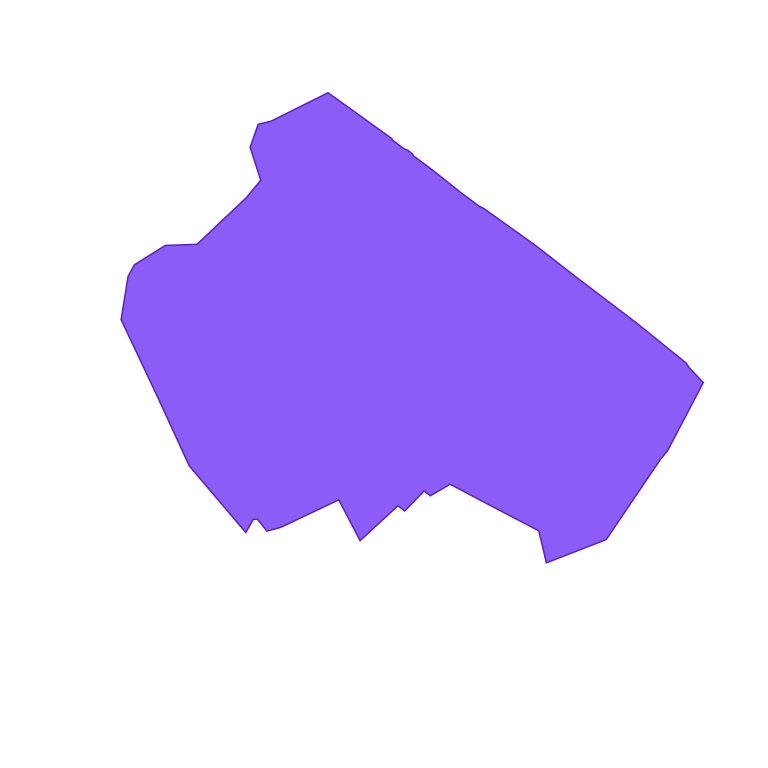 Franklin, Vermont, United States of America (Albers equal-area conic projection), rotated 37°
{"feature_id": "52423323B67393823438357", "entity_name": "Franklin", "entity_type": "district", "adm_level": 2, "iso_a3": "USA", "parent_name": "United States of America", "parent_adm1": "Vermont", "projection": "albers", "projection_center": [-72.901, 44.825], "detail": "fine", "context": "isolated", "style": "filled", "palette": "violet", "viewbox_px": 768, "rotation_deg": 37, "n_neighbors": 0, "source": "geoboundaries", "source_scale": "gbopen_adm2", "svg_char_len": 830}
<svg xmlns="http://www.w3.org/2000/svg" viewBox="0 0 768 768"><g transform="rotate(37 384 384)"><path d="M638.1,190.5L636.9,190.5L617.2,187.2L614.0,185.8L611.7,185.4L548.5,183.3L527.8,183.2L472.3,183.0L421.5,182.2L358.3,183.8L354.0,184.4L353.9,184.8L330.4,184.9L295.7,184.0L295.1,183.9L270.7,184.1L267.7,183.1L262.3,183.0L258.3,184.1L243.5,184.1L242.8,183.3L180.2,184.7L164.0,185.1L135.6,242.1L127.2,252.3L134.7,275.6L162.9,295.4L161.9,318.4L150.6,385.0L125.9,405.0L112.9,439.0L114.9,452.2L135.3,490.8L210.4,530.3L277.8,566.6L363.0,585.8L361.1,570.8L364.1,568.2L379.0,572.0L387.8,560.6L417.6,503.7L459.2,523.5L468.4,472.9L477.0,472.9L480.4,445.4L488.3,445.4L497.1,424.3L548.4,416.0L595.9,408.1L609.9,419.6L621.3,429.1L655.1,374.5L650.1,277.4L650.6,266.5L638.1,190.5Z" fill="#8b5cf6" stroke="#5b21b6" stroke-width="1.5"/></g></svg>